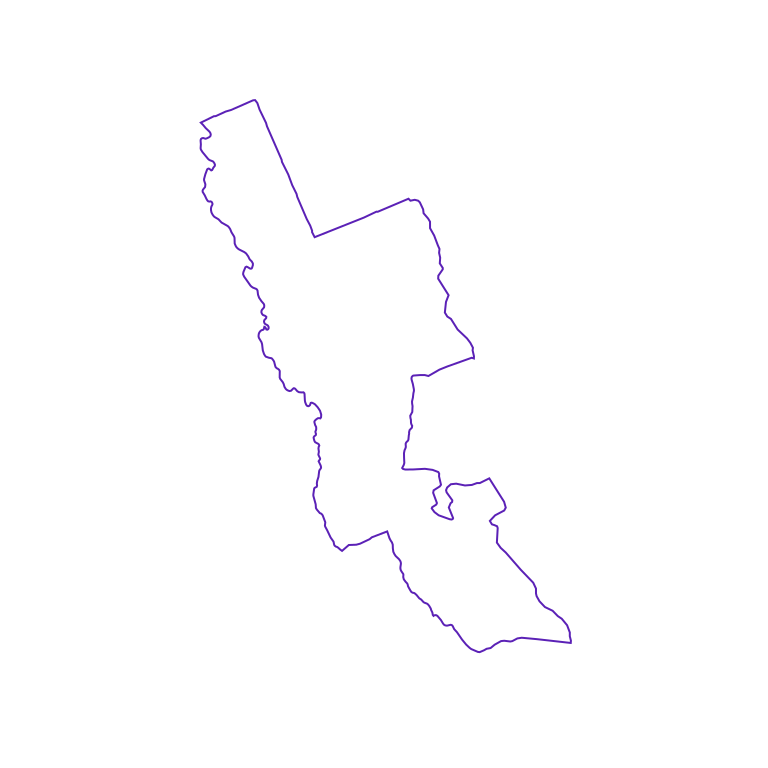 the district of Patulul, Suchitepéquez, Guatemala, rotated 146°
{"feature_id": "79465075B31102822949903", "entity_name": "Patulul", "entity_type": "district", "adm_level": 2, "iso_a3": "GTM", "parent_name": "Guatemala", "parent_adm1": "Suchitepéquez", "projection": "natural_earth1", "projection_center": [-91.15, 14.387], "detail": "fine", "context": "isolated", "style": "outline", "palette": "violet", "viewbox_px": 768, "rotation_deg": 146, "n_neighbors": 0, "source": "geoboundaries", "source_scale": "gbopen_adm2", "svg_char_len": 6142}
<svg xmlns="http://www.w3.org/2000/svg" viewBox="0 0 768 768"><g transform="rotate(146 384 384)"><path d="M389.7,703.1L389.1,699.9L388.7,695.8L387.6,690.8L387.6,689.3L388.0,687.9L389.0,686.8L389.7,686.5L391.2,686.4L393.8,686.8L394.9,687.2L396.3,689.0L397.3,689.5L398.6,689.5L399.6,688.8L400.1,688.1L401.8,685.1L404.2,682.0L404.7,680.8L404.8,677.7L404.0,669.1L403.5,667.3L401.4,664.3L401.2,663.4L401.2,661.7L401.6,660.2L402.4,659.4L404.4,658.8L406.8,657.5L407.8,657.7L408.3,659.5L408.8,660.6L409.8,660.9L410.6,660.8L414.8,657.8L418.6,654.5L419.3,653.4L420.4,649.5L421.5,648.1L422.3,647.3L425.3,646.4L426.2,645.8L426.9,644.7L427.1,640.6L427.7,636.8L427.8,634.9L427.6,633.8L426.8,632.9L425.8,632.5L425.1,631.5L425.1,630.4L425.5,629.1L426.7,628.2L427.7,627.8L429.2,626.4L430.2,624.9L431.1,622.7L431.4,620.2L431.3,618.1L431.0,617.1L429.1,613.1L428.4,608.7L425.2,602.3L424.9,600.7L424.9,598.5L425.6,595.1L425.8,590.2L426.1,589.0L426.6,588.1L429.2,584.0L429.7,581.6L429.8,579.9L429.4,577.9L428.8,576.4L426.0,571.4L425.3,569.3L425.2,565.7L425.6,563.1L425.6,562.0L425.1,559.6L425.3,557.3L426.2,555.9L427.2,555.1L428.4,554.1L429.3,553.8L430.4,554.4L431.8,557.4L432.4,558.2L433.6,558.3L437.7,555.6L438.9,554.5L439.5,553.6L439.9,551.2L439.7,540.3L439.4,538.8L438.7,537.1L436.9,534.5L436.5,533.5L436.6,532.2L438.5,528.5L439.3,525.4L439.3,521.2L438.9,517.9L439.0,516.9L439.6,515.7L440.6,514.6L443.8,513.7L444.8,513.0L445.6,511.9L445.9,510.4L445.8,509.0L444.4,506.9L444.0,505.5L444.9,504.5L447.4,503.9L448.4,503.1L448.8,502.3L449.1,501.1L448.9,500.0L447.9,498.2L447.6,497.3L447.7,496.1L448.3,494.9L449.2,494.3L450.2,494.2L451.0,494.9L450.7,497.4L451.2,498.3L453.2,496.6L454.2,496.6L455.5,497.1L457.3,496.9L458.3,496.5L459.4,495.9L460.6,494.7L461.4,493.6L461.9,492.3L462.2,487.1L462.8,485.2L465.7,479.6L466.7,475.9L466.8,474.0L466.7,472.8L464.8,470.2L462.8,468.2L462.6,467.2L462.5,465.5L462.6,464.0L464.2,459.5L464.4,458.6L464.1,457.0L463.5,456.0L463.0,454.5L463.2,453.0L466.8,447.8L467.2,446.3L466.9,442.0L467.2,440.0L468.1,437.3L468.2,434.9L467.9,433.6L467.2,432.2L466.3,431.0L464.8,430.4L461.9,431.0L461.0,430.9L460.3,429.8L459.9,426.5L459.1,424.8L457.2,423.2L455.4,422.1L455.2,421.0L455.5,420.1L458.8,414.6L459.5,413.0L460.1,410.4L460.0,409.0L459.3,408.0L458.3,407.7L457.2,407.9L455.3,409.3L454.3,408.9L453.4,407.5L452.6,405.8L452.0,401.9L452.0,397.6L452.5,395.9L453.2,393.7L454.8,391.6L456.0,391.1L456.9,392.0L458.0,392.6L459.8,392.6L461.6,392.3L462.6,391.9L463.1,391.2L464.0,388.6L464.3,386.3L465.4,384.5L466.4,383.6L467.4,383.0L468.0,381.9L468.3,380.6L469.1,379.8L471.3,379.6L472.2,379.1L472.8,377.9L473.5,375.8L473.6,374.2L472.0,371.2L471.8,370.4L472.1,369.1L473.2,368.5L474.4,367.2L475.9,364.2L477.8,362.3L478.1,361.5L478.6,358.0L479.3,357.2L480.3,357.0L481.4,356.5L482.1,351.8L482.7,350.2L483.5,349.4L485.7,348.6L486.4,348.1L490.3,343.6L493.6,341.0L495.3,339.1L496.3,337.2L497.3,336.4L499.6,336.7L500.4,336.3L504.3,332.0L505.1,330.8L507.9,322.5L509.8,319.2L509.9,317.5L509.4,312.9L508.6,311.7L508.3,310.4L508.3,309.3L510.0,302.2L512.2,299.6L512.5,298.6L512.9,294.5L514.1,286.6L514.0,281.5L515.2,278.6L515.3,277.5L514.8,276.1L514.0,275.1L513.5,273.8L512.9,271.3L512.1,269.1L503.2,270.2L496.9,266.3L493.2,265.0L482.7,263.4L479.8,263.7L463.8,260.0L465.7,253.1L466.0,250.5L466.0,248.2L466.6,245.9L468.5,242.9L470.1,239.7L470.5,237.0L470.5,234.7L469.5,230.3L469.5,227.9L469.9,226.6L470.5,225.5L472.8,223.0L473.6,221.8L474.1,220.6L474.3,219.2L474.3,215.7L474.6,215.0L476.0,213.2L476.8,211.0L476.7,208.1L476.3,205.6L476.5,204.5L477.1,203.1L477.3,201.8L477.6,198.0L477.6,196.2L477.0,195.0L475.9,193.9L475.5,193.0L475.0,190.9L474.6,186.6L473.7,184.5L473.2,181.0L472.7,180.0L471.2,177.9L470.8,176.8L470.6,174.8L470.8,171.7L471.3,170.2L471.7,167.5L472.7,165.2L472.6,164.1L471.9,164.2L470.2,163.4L469.4,162.0L468.8,156.5L469.0,152.5L468.9,151.0L468.4,149.9L467.6,149.0L466.6,148.3L463.4,147.1L462.6,146.2L462.4,144.9L462.9,141.5L462.3,137.5L462.2,128.4L461.6,122.0L460.6,117.5L459.9,115.5L456.0,109.4L454.6,108.2L449.9,107.3L447.0,107.1L443.3,105.5L438.0,106.0L430.7,105.4L427.9,103.9L423.3,99.9L421.4,99.1L415.7,98.5L411.7,96.6L399.6,86.7L374.0,64.9L372.6,66.6L371.0,71.0L368.9,74.1L367.1,81.6L367.9,90.0L369.7,94.4L371.0,101.7L375.3,109.1L376.6,116.9L376.1,122.8L375.1,125.4L372.4,129.4L371.4,135.8L374.5,153.6L377.3,176.2L378.9,182.9L379.1,189.4L370.3,201.0L369.8,202.8L371.4,205.3L373.0,207.3L372.8,211.3L365.3,213.0L355.1,211.9L352.2,213.4L350.3,219.2L349.5,246.9L360.0,248.3L362.4,249.9L367.6,251.2L373.6,254.6L379.9,261.0L384.6,263.5L389.5,262.9L391.9,261.3L392.7,259.1L392.4,249.4L393.5,248.1L395.5,247.9L399.3,245.4L401.7,234.2L402.7,233.6L403.8,233.9L405.2,235.2L412.1,244.6L413.8,249.6L414.0,254.2L413.0,254.9L408.1,254.8L406.7,255.7L404.1,266.3L402.3,268.1L395.0,267.9L393.1,268.6L390.0,276.7L388.4,278.8L388.2,280.6L391.7,285.6L397.5,290.8L407.7,296.9L414.2,301.2L415.7,302.9L415.9,304.2L412.8,305.9L411.3,307.2L408.5,311.8L406.1,315.5L404.0,317.6L402.3,318.6L401.1,319.6L399.5,322.3L398.7,322.9L397.7,323.3L395.9,323.6L394.9,324.2L392.2,327.5L390.9,328.8L390.2,330.0L388.5,331.5L385.3,332.2L384.0,333.6L383.9,335.0L383.4,336.6L381.7,339.3L381.1,341.0L380.0,343.0L376.2,345.0L372.7,349.7L371.6,352.1L370.5,353.9L367.7,356.5L364.8,359.9L363.0,361.6L362.2,362.9L360.1,367.8L358.7,372.1L358.1,373.3L357.1,374.3L355.6,374.7L354.8,374.5L349.4,371.4L345.1,368.5L342.7,365.8L330.0,364.9L321.6,363.1L296.6,356.7L295.2,354.9L293.9,356.7L291.7,362.4L290.0,364.3L289.4,369.9L289.7,375.4L292.5,388.0L292.1,400.5L293.8,404.5L293.6,409.2L286.7,417.4L280.8,421.5L280.2,441.0L278.4,443.4L271.2,446.2L270.4,447.3L270.3,452.8L266.8,457.3L265.0,461.9L262.5,464.9L261.8,468.9L259.4,479.0L258.7,487.4L255.1,492.8L254.9,496.5L255.7,503.4L253.9,506.9L252.7,514.6L253.2,516.9L255.5,519.5L259.6,521.2L260.1,523.9L292.9,530.3L293.9,531.1L307.6,533.2L359.4,544.5L358.7,550.2L357.9,551.2L356.6,556.6L355.8,564.0L351.3,587.6L350.2,590.5L348.9,600.2L346.2,611.3L344.4,625.2L343.5,627.1L336.9,663.1L335.8,666.4L333.7,681.1L331.9,687.7L332.1,691.4L333.9,692.4L357.6,696.7L362.9,698.4L373.8,700.2L375.2,701.1L389.7,703.1Z" fill="none" stroke="#5b21b6" stroke-width="2"/></g></svg>